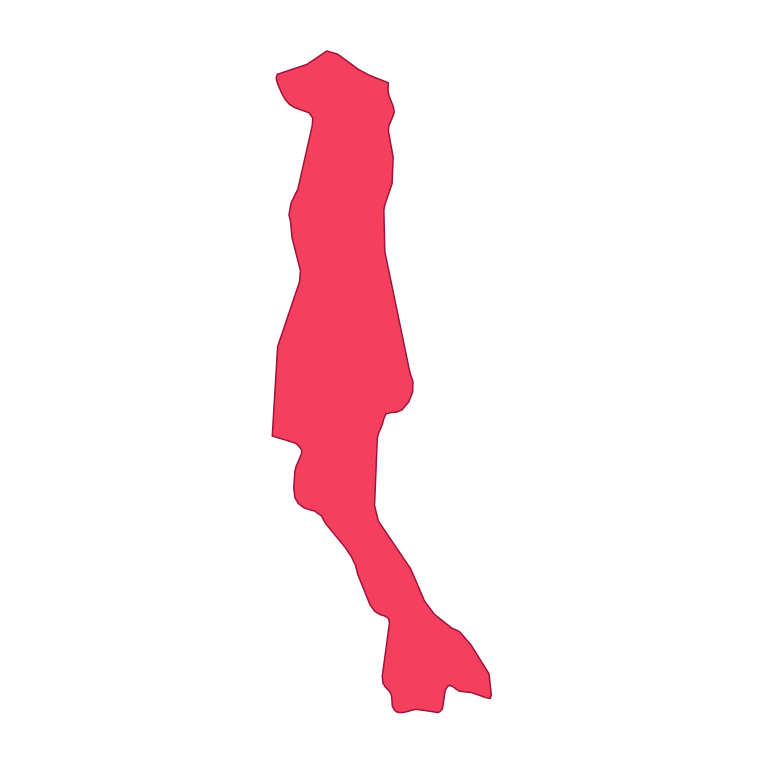 Tipaza, Equal Earth projection, rotated 96°
{"feature_id": "DZA-2198", "entity_name": "Tipaza", "entity_type": "Province", "adm_level": 1, "iso_a3": "DZA", "parent_name": "Algeria", "parent_adm1": "", "projection": "equal_earth", "projection_center": [2.473, 36.591], "detail": "fine", "context": "isolated", "style": "filled", "palette": "rose", "viewbox_px": 768, "rotation_deg": 96, "n_neighbors": 0, "source": "natural_earth", "source_scale": "10m", "svg_char_len": 1550}
<svg xmlns="http://www.w3.org/2000/svg" viewBox="0 0 768 768"><g transform="rotate(96 384 384)"><path d="M84.0,411.2L91.3,410.7L96.1,409.5L107.1,403.8L112.3,402.3L116.4,403.0L126.5,406.1L131.8,406.1L157.5,398.6L183.8,396.9L205.7,401.9L211.5,402.3L252.3,397.0L369.4,359.6L378.7,355.4L389.0,354.7L399.2,357.5L407.9,363.4L410.8,369.0L411.8,374.6L413.6,379.0L419.2,380.7L424.2,381.4L433.8,384.3L438.4,385.0L505.8,380.7L520.9,375.3L565.1,338.1L595.8,320.9L607.8,309.8L619.4,291.5L622.3,283.1L634.4,270.2L661.2,249.3L681.8,244.8L685.5,245.4L685.3,249.9L681.8,264.3L681.6,277.0L680.0,280.3L678.0,283.3L676.9,286.7L678.0,289.2L682.5,291.1L701.0,291.9L703.9,294.1L705.1,295.9L704.4,310.3L704.2,318.1L705.8,323.1L706.7,324.7L707.2,326.1L707.7,327.8L708.2,329.0L708.6,330.4L709.0,332.5L709.2,334.5L708.7,337.4L706.8,339.9L703.4,342.1L694.0,343.7L691.3,344.8L688.6,346.9L685.3,351.0L681.6,353.8L675.0,355.2L621.2,353.6L616.6,355.0L614.6,359.2L613.8,363.6L611.3,369.0L605.1,374.8L576.3,390.1L567.3,393.4L559.1,398.5L550.6,405.5L529.0,427.4L521.6,432.5L518.9,437.6L517.6,439.5L516.9,444.4L515.6,450.4L512.0,456.5L506.6,460.6L497.1,462.9L480.2,463.5L475.6,462.9L462.0,458.8L458.4,458.8L454.8,462.2L452.1,465.7L447.4,489.7L357.9,493.7L291.2,478.7L280.1,478.9L248.4,490.7L231.2,494.2L225.8,496.2L213.5,495.3L199.1,490.0L134.5,482.4L127.0,482.6L122.1,486.9L118.5,501.6L115.8,507.3L111.4,511.9L106.4,515.6L95.8,521.6L91.0,523.2L87.1,522.5L74.2,494.1L58.8,475.7L60.8,464.6L73.7,442.5L78.4,431.1L84.0,411.2Z" fill="#f43f5e" stroke="#9f1239" stroke-width="1.5"/></g></svg>